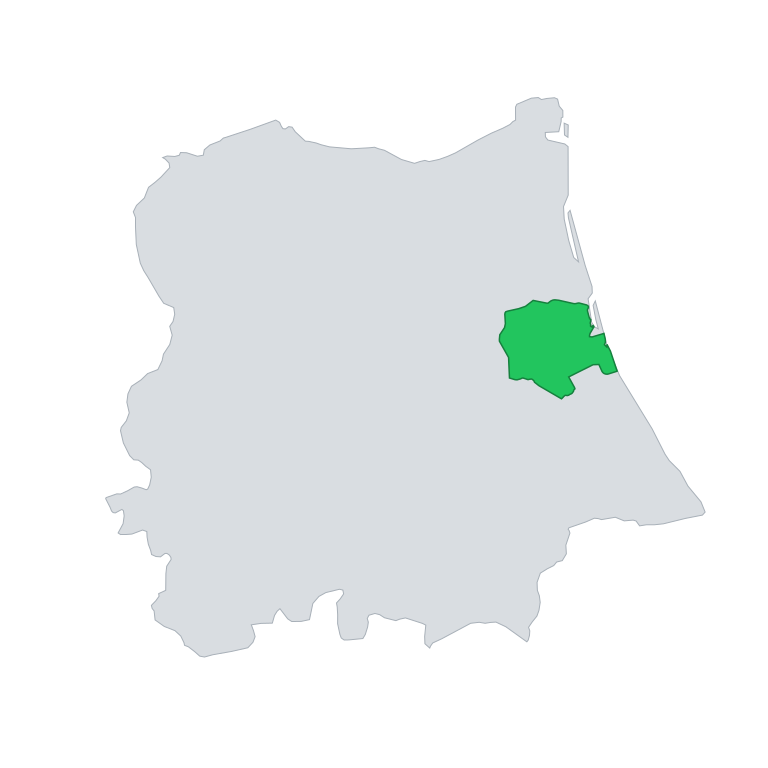 location of Sud-Bandama within Ivory Coast, rotated 260°
{"feature_id": "CIV-3447", "entity_name": "Sud-Bandama", "entity_type": "Department", "adm_level": 1, "iso_a3": "CIV", "parent_name": "Ivory Coast", "parent_adm1": "", "projection": "mercator", "projection_center": [-5.503, 5.631], "detail": "fine", "context": "in_parent", "style": "filled", "palette": "green", "viewbox_px": 768, "rotation_deg": 260, "n_neighbors": 0, "source": "natural_earth", "source_scale": "10m", "svg_char_len": 5362}
<svg xmlns="http://www.w3.org/2000/svg" viewBox="0 0 768 768"><g transform="rotate(260 384 384)"><path d="M161.3,142.2L164.0,142.1L171.1,140.1L177.4,135.3L183.4,125.5L191.4,117.6L200.5,118.2L203.2,116.7L206.4,116.5L210.1,121.6L214.0,125.6L216.7,125.7L218.7,133.2L235.2,136.3L242.3,138.4L248.2,143.9L250.3,144.0L252.8,142.9L254.8,140.9L255.2,138.9L252.6,133.9L253.7,129.5L256.4,125.5L260.7,125.3L267.1,124.1L274.4,124.1L279.9,124.8L282.1,120.9L280.0,109.7L280.6,103.6L281.5,98.4L283.5,96.3L291.7,102.8L299.2,105.2L304.5,105.4L306.0,104.1L303.7,97.0L304.4,94.9L306.3,93.6L309.9,92.9L319.4,90.0L320.4,90.6L322.2,101.8L321.4,105.5L323.4,113.1L325.9,120.1L325.7,123.0L323.6,127.4L321.2,131.4L321.5,133.0L325.3,135.7L332.6,138.6L340.1,139.2L344.3,135.1L348.7,131.8L351.7,128.8L352.8,124.4L357.6,121.1L371.2,117.1L383.8,116.4L386.9,117.7L392.5,123.9L399.8,128.1L410.7,127.6L418.7,130.1L425.6,134.9L430.2,145.4L435.3,153.0L437.5,163.8L445.4,169.5L451.7,172.0L460.1,179.9L468.9,183.9L478.0,183.0L482.2,187.1L489.0,190.0L495.8,190.2L501.7,181.1L509.6,177.6L529.5,170.3L537.3,167.1L545.3,165.0L564.4,164.3L582.2,166.6L591.1,168.2L597.1,167.0L602.9,171.3L608.8,180.3L613.6,183.2L618.6,186.3L622.3,193.4L626.6,200.5L629.0,203.6L634.3,210.6L638.9,210.7L643.4,207.7L645.4,205.4L646.2,210.0L644.4,217.5L644.8,222.1L647.3,223.8L646.0,229.8L640.7,239.8L640.7,245.8L645.9,247.7L649.6,254.0L651.8,264.8L654.1,268.5L654.3,270.7L658.1,296.9L662.7,323.2L659.8,326.6L655.7,327.6L653.0,328.8L652.3,331.2L654.0,334.8L652.9,338.1L647.8,340.4L636.8,348.7L636.0,352.0L633.1,359.1L630.6,363.5L627.0,371.5L621.3,392.7L619.2,410.3L618.8,415.8L616.6,419.5L614.1,425.0L602.1,440.1L596.0,452.4L596.8,457.7L597.1,463.1L595.2,467.0L595.6,477.4L597.1,486.1L599.2,494.6L607.9,518.8L612.4,533.4L615.2,545.2L617.7,553.2L620.0,556.4L621.0,559.4L633.9,561.6L636.4,563.4L639.9,578.8L639.3,585.7L636.8,588.4L636.9,594.2L636.3,601.6L634.4,604.4L627.2,604.8L622.3,607.6L615.8,606.5L615.2,604.7L611.7,604.0L602.1,599.9L603.7,586.5L599.3,585.9L595.8,587.7L589.0,603.7L585.8,606.5L538.0,598.2L527.6,591.6L515.1,590.1L493.5,590.8L475.6,592.8L470.5,596.8L515.6,594.5L520.5,594.9L522.7,597.4L465.7,602.7L443.9,605.8L437.4,604.9L432.5,599.8L408.9,599.2L404.0,600.9L401.1,604.6L410.4,603.8L425.1,603.6L429.1,606.5L383.1,610.3L351.2,617.5L337.7,622.8L293.2,640.3L266.0,648.6L258.9,651.7L246.6,660.3L230.7,665.6L212.9,675.7L202.1,678.0L199.6,674.8L199.3,657.7L197.8,634.9L198.4,626.1L199.8,617.9L199.9,611.1L205.3,608.5L206.7,605.7L207.5,596.8L212.6,588.7L212.7,574.6L214.2,571.7L215.3,567.9L213.1,558.7L210.3,541.2L209.0,540.1L207.7,540.8L204.9,541.2L193.7,535.1L185.1,534.1L179.1,528.9L178.7,523.1L175.7,519.6L173.7,512.8L170.6,505.1L162.1,500.3L154.2,499.2L148.5,500.2L141.8,499.9L134.2,497.3L128.9,494.3L124.0,488.7L119.3,484.1L115.6,484.7L111.1,483.6L106.7,481.5L105.3,479.9L123.8,461.8L130.1,452.9L130.7,447.5L130.8,442.0L132.8,436.4L133.3,427.8L123.1,396.7L120.5,387.0L117.7,384.2L116.0,383.2L121.1,379.2L128.3,380.2L139.3,383.3L141.6,380.2L149.9,364.5L149.7,358.7L148.9,354.6L153.7,343.9L157.6,339.7L159.6,335.2L158.9,329.0L156.0,326.8L152.2,327.2L147.6,325.7L140.6,322.1L137.0,319.0L138.1,304.8L138.8,300.3L141.3,297.8L145.1,297.1L156.0,296.7L164.7,298.3L172.5,299.2L176.6,299.2L179.9,303.5L184.3,307.8L188.2,307.7L189.6,304.5L188.7,290.5L186.1,283.0L180.2,275.8L164.9,269.7L164.6,261.2L166.1,251.9L169.4,248.4L180.8,242.5L178.8,239.3L175.1,236.0L167.9,232.5L169.6,221.4L169.9,211.5L163.9,212.6L157.6,213.2L152.4,210.1L147.9,204.1L147.1,187.5L147.1,168.3L146.3,159.8L148.0,155.3L153.3,151.1L159.2,145.7L161.3,142.2ZM609.6,606.7L607.1,610.4L595.0,608.0L597.9,605.0L609.6,606.7Z" fill="#d9dde1" stroke="#a8b0b8" stroke-width="1"/><path d="M395.6,609.4L389.4,609.7L386.7,609.3L384.4,607.9L381.8,609.8L383.7,610.4L384.4,610.4L377.1,612.7L356.9,615.7L356.2,615.9L356.1,615.7L354.9,606.6L354.9,605.5L355.3,604.0L355.7,603.3L356.0,602.7L356.9,601.8L357.7,601.3L358.5,600.9L365.9,599.0L366.7,593.2L358.9,567.1L347.5,571.0L346.1,571.2L345.8,570.9L345.6,570.4L345.2,569.9L344.2,569.5L343.7,569.2L343.4,568.9L343.0,568.4L342.4,567.8L342.1,567.4L341.9,567.0L341.5,565.2L341.3,564.7L341.1,564.4L340.9,563.9L340.8,562.9L340.8,562.4L340.9,562.0L341.1,561.6L341.3,561.1L341.3,560.2L340.4,558.7L340.0,558.3L339.7,557.8L339.2,557.2L338.6,556.2L355.4,536.3L359.6,532.5L360.4,532.4L361.2,532.1L362.4,531.2L363.0,530.6L363.3,530.0L363.4,528.3L363.3,526.6L365.8,521.9L365.8,521.1L365.3,519.1L365.0,515.8L365.5,513.8L368.1,508.6L388.5,511.3L406.1,505.1L408.1,505.4L412.4,506.6L418.6,512.5L422.3,514.0L431.7,515.1L433.1,515.6L434.0,516.5L434.3,518.4L434.8,529.7L435.9,536.8L440.4,545.4L435.3,558.5L435.2,559.3L435.2,559.7L435.4,560.1L435.9,560.9L436.7,562.5L436.9,563.0L437.3,564.9L437.3,566.1L437.1,567.3L436.1,570.7L430.3,584.6L430.0,585.6L429.9,586.3L429.9,586.9L430.0,589.1L430.0,589.6L429.9,590.2L426.7,597.2L426.2,597.8L425.9,598.2L425.5,598.5L425.0,598.7L424.3,598.6L423.3,598.3L422.0,597.3L421.1,597.1L419.9,597.1L414.2,597.6L413.3,598.0L413.2,597.8L412.6,597.8L411.6,598.8L409.9,598.4L408.2,597.6L406.8,597.8L406.3,597.8L405.3,597.4L404.8,597.7L404.7,598.6L405.1,599.7L404.8,599.6L403.8,599.1L403.8,600.1L403.8,600.4L404.5,600.1L404.7,600.4L405.0,601.0L404.9,600.9L403.6,600.3L402.6,599.6L397.9,595.6L397.0,595.2L396.0,594.8L394.9,594.6L394.2,597.1L395.6,609.4Z" fill="#22c55e" stroke="#15803d" stroke-width="1.5"/></g></svg>